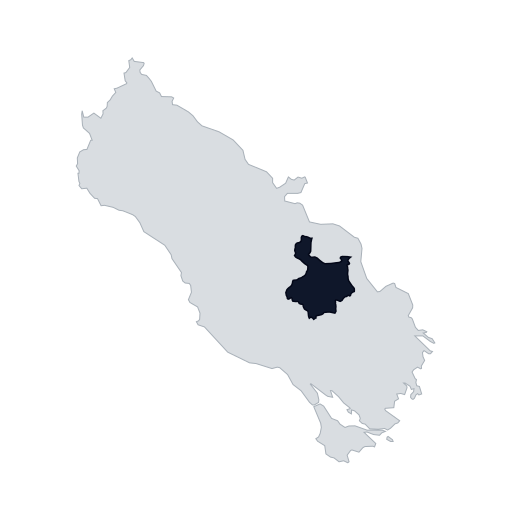 Konya highlighted on a map of Turkey, rotated 225°
{"feature_id": "TUR-3011", "entity_name": "Konya", "entity_type": "Province", "adm_level": 1, "iso_a3": "TUR", "parent_name": "Turkey", "parent_adm1": "", "projection": "robinson", "projection_center": [32.808, 37.948], "detail": "fine", "context": "in_parent", "style": "filled", "palette": "ink", "viewbox_px": 512, "rotation_deg": 225, "n_neighbors": 0, "source": "natural_earth", "source_scale": "10m", "svg_char_len": 5966}
<svg xmlns="http://www.w3.org/2000/svg" viewBox="0 0 512 512"><g transform="rotate(225 256 256)"><path d="M401.1,182.0L408.6,184.5L410.9,182.7L417.6,182.9L423.6,184.3L426.8,180.3L431.0,180.7L431.9,182.8L433.9,183.5L440.4,188.6L439.7,189.3L441.3,191.2L446.7,192.5L447.4,195.1L451.7,199.0L454.2,205.0L453.1,209.2L450.9,211.8L454.7,220.9L453.7,222.0L460.4,225.0L468.6,224.5L471.2,225.8L479.5,233.0L481.6,235.8L476.0,232.4L473.0,235.3L471.7,242.4L463.1,243.7L464.6,248.3L467.0,250.5L466.4,254.8L467.1,256.6L469.6,259.4L469.5,263.3L470.6,267.5L470.8,272.5L474.5,274.0L473.0,276.3L469.4,286.3L469.7,287.1L472.4,287.4L478.7,292.0L477.7,293.6L478.6,300.0L484.1,304.2L483.3,306.3L483.6,308.5L479.7,307.5L472.2,313.3L471.3,313.1L470.2,311.1L469.7,305.4L467.8,303.9L465.3,303.5L461.2,306.2L457.4,306.0L453.5,305.5L443.2,302.0L439.5,303.2L435.6,301.9L428.2,308.9L425.9,309.5L424.7,306.0L422.0,304.0L418.6,306.7L405.7,310.1L399.7,310.6L392.3,309.5L386.3,309.8L369.9,317.7L354.2,321.9L340.0,321.5L332.1,316.6L326.1,315.5L308.1,323.0L299.2,322.7L296.1,319.6L289.3,318.4L287.9,321.3L286.5,328.4L289.0,334.8L285.2,335.2L282.7,336.7L282.1,341.5L278.6,343.4L277.5,346.4L276.9,346.5L271.2,344.0L272.7,341.7L269.1,332.6L270.8,329.8L278.1,322.5L277.8,318.2L274.6,315.2L265.4,320.6L264.5,322.7L262.4,324.3L259.0,324.9L242.3,317.9L232.7,324.1L224.4,333.1L218.2,336.3L199.7,338.8L196.5,340.6L190.2,338.7L186.4,336.3L177.9,326.1L161.8,318.4L144.8,316.5L143.3,318.5L142.7,326.4L139.9,333.8L138.5,334.6L134.8,332.7L121.7,337.1L110.5,332.2L108.6,330.1L106.2,321.5L104.6,320.9L102.8,322.1L100.9,322.0L92.9,318.3L88.6,318.1L85.9,321.7L81.7,323.2L81.6,322.2L83.3,319.8L76.6,320.3L73.0,322.1L68.1,321.0L68.5,320.0L72.4,318.8L81.5,317.5L87.2,311.8L65.8,312.1L63.7,313.3L63.5,310.3L64.7,309.0L70.3,307.9L70.0,305.4L66.6,302.8L62.9,301.4L61.3,295.1L59.5,293.6L59.7,292.7L63.2,291.6L64.1,287.1L63.6,284.3L56.7,281.8L55.2,282.1L53.5,279.6L50.6,277.9L48.2,279.3L41.3,275.6L42.6,272.9L44.4,273.0L44.7,270.9L43.4,267.4L43.6,265.6L45.1,265.1L46.8,265.4L48.5,267.5L48.6,271.5L50.5,273.9L51.8,271.5L55.0,272.8L60.7,271.6L61.8,270.5L57.6,270.7L56.1,269.7L52.9,263.1L56.4,261.2L58.9,257.9L54.2,255.8L55.3,251.3L51.3,246.2L56.9,239.7L56.6,238.7L54.9,238.3L37.9,241.1L37.7,238.2L39.0,235.6L39.1,229.4L39.9,226.0L43.1,225.0L47.0,220.0L53.4,214.2L59.9,214.3L62.5,212.7L66.4,212.6L67.4,214.9L70.8,216.5L76.8,216.2L79.6,214.7L76.9,211.8L80.3,210.9L83.0,211.6L81.5,214.7L82.3,215.0L90.1,214.1L98.1,214.9L107.0,214.5L108.2,213.5L101.9,210.3L106.0,207.5L108.2,207.0L126.9,204.5L127.0,203.8L115.6,202.4L109.8,198.7L108.2,196.7L109.5,191.8L110.7,190.6L114.8,190.4L128.8,192.6L138.9,191.3L149.8,194.5L160.3,193.8L162.4,192.4L165.1,187.7L179.9,180.0L185.0,175.9L208.0,168.0L242.3,169.4L248.3,166.4L251.7,167.4L250.8,169.4L251.0,171.3L255.2,176.0L261.3,178.7L269.8,176.4L272.9,177.3L276.0,184.7L281.4,189.0L283.8,189.4L287.0,186.8L290.1,186.5L295.2,189.0L297.0,191.6L313.5,194.7L316.9,196.9L328.1,199.1L352.5,193.9L361.6,197.4L369.2,198.6L372.4,198.0L382.2,193.8L385.2,191.5L391.4,189.4L399.0,184.7L401.1,182.0ZM84.5,169.1L83.8,172.3L85.2,176.0L88.6,181.0L92.0,183.5L108.6,190.3L106.1,196.7L102.0,197.7L87.7,194.6L81.8,197.2L77.7,196.5L71.8,197.7L70.1,201.5L65.9,205.9L54.3,211.4L43.5,222.1L40.5,223.5L42.0,219.9L41.9,216.6L46.6,212.9L53.1,210.0L54.9,207.7L38.7,208.1L37.2,204.8L38.9,204.1L44.3,198.2L44.9,195.9L44.5,190.1L51.0,186.7L51.6,185.4L50.7,179.6L44.7,176.3L44.9,174.7L49.2,173.2L51.8,169.2L58.1,168.4L61.1,166.5L66.6,165.5L73.3,170.5L81.4,168.6L84.5,169.1ZM35.0,221.8L29.6,222.6L27.9,221.8L29.7,220.0L33.9,218.8L35.2,220.6L35.0,221.8Z" fill="#d9dde1" stroke="#a8b0b8" stroke-width="1"/><path d="M203.9,248.2L204.9,249.0L205.3,249.2L206.7,249.6L209.0,251.2L210.3,254.0L210.4,255.6L210.3,257.1L210.0,258.8L210.1,260.5L210.6,261.7L211.2,262.8L212.0,263.8L212.5,265.0L212.0,265.8L210.7,267.3L210.1,268.2L209.8,270.5L209.0,271.8L208.4,273.3L208.3,274.4L207.9,275.4L207.7,277.7L208.6,280.0L208.9,280.2L209.1,280.5L209.3,281.7L209.7,282.8L211.3,284.7L212.3,285.6L213.3,285.6L216.2,285.0L219.9,284.8L221.8,284.9L223.7,284.4L225.5,283.7L227.3,283.3L229.1,283.6L229.4,285.1L230.2,286.3L231.4,286.7L232.5,287.3L233.4,288.5L234.2,289.9L235.2,290.8L236.0,291.8L236.3,293.5L235.7,295.0L235.2,295.6L234.8,296.4L234.6,297.7L234.7,298.5L235.6,299.8L236.2,300.3L237.1,301.2L237.6,302.4L237.4,303.4L236.9,303.7L235.6,304.1L234.9,304.5L233.9,305.4L232.5,306.1L230.4,306.8L229.8,307.2L229.0,308.1L228.4,307.0L226.7,304.4L225.3,302.9L223.4,300.9L220.7,298.0L220.1,296.2L220.2,295.7L220.0,294.3L219.0,294.0L216.7,293.9L215.6,294.5L214.9,295.4L213.7,296.9L211.3,297.8L207.6,298.0L204.0,298.5L201.7,299.3L200.5,300.7L197.7,303.7L194.8,307.5L192.5,310.4L191.9,312.3L192.0,313.3L193.5,314.0L194.9,314.1L195.3,314.9L195.2,315.7L194.5,316.8L191.0,320.1L188.3,322.1L188.5,320.1L188.1,318.2L187.6,317.5L186.9,317.3L185.8,317.2L184.7,316.9L184.4,316.1L184.6,315.2L185.3,314.7L185.2,313.8L184.4,313.4L183.5,313.0L181.9,311.6L181.1,311.1L180.5,310.4L179.4,309.0L178.2,307.7L176.5,306.6L175.0,305.2L173.0,304.0L166.9,302.8L164.5,302.7L163.4,302.4L162.5,301.6L161.9,301.0L161.4,300.4L162.1,298.8L162.3,297.1L162.0,296.0L161.4,295.1L161.4,294.1L162.5,293.8L163.2,292.9L163.3,291.5L164.3,290.0L164.3,287.7L163.8,285.5L164.3,283.6L165.1,283.1L166.7,282.5L168.3,281.6L168.4,280.6L166.7,279.2L166.2,278.4L165.4,278.1L163.7,276.7L162.3,275.0L160.4,273.5L159.8,271.4L164.0,268.7L165.8,266.9L167.9,264.3L168.0,263.7L167.9,263.1L167.8,262.5L168.2,261.0L169.0,259.6L170.8,256.8L171.0,255.6L170.6,255.3L169.8,254.6L170.0,254.3L170.1,253.9L170.4,252.0L171.8,252.2L173.7,251.8L174.0,251.4L174.2,250.5L174.3,249.7L175.3,250.1L176.4,250.7L179.7,253.4L180.6,253.7L183.1,253.0L184.3,252.8L186.3,253.5L187.1,253.9L188.0,254.7L189.0,254.7L190.4,253.6L191.9,253.0L193.7,253.7L194.7,253.1L195.6,252.0L198.0,250.1L199.2,250.5L200.6,251.5L201.6,251.6L201.9,251.1L202.1,249.6L202.4,248.8L202.8,248.2L203.9,248.2Z" fill="#0f172a" stroke="#020617" stroke-width="1.5"/></g></svg>